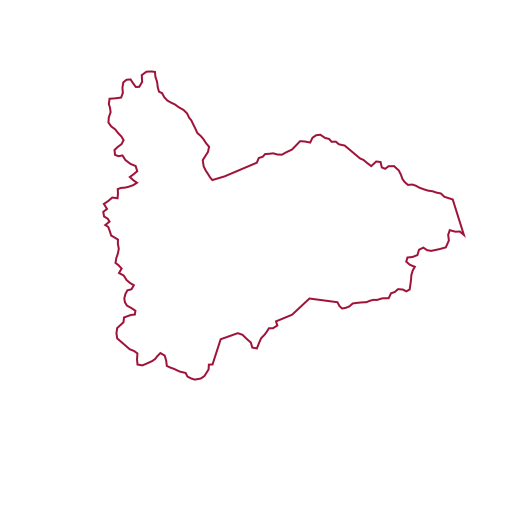 Matos Costa, Santa Catarina, Brazil, rotated 19°
{"feature_id": "56859067B2594470752105", "entity_name": "Matos Costa", "entity_type": "district", "adm_level": 2, "iso_a3": "BRA", "parent_name": "Brazil", "parent_adm1": "Santa Catarina", "projection": "mercator", "projection_center": [-51.158, -26.497], "detail": "fine", "context": "isolated", "style": "outline", "palette": "rose", "viewbox_px": 512, "rotation_deg": 19, "n_neighbors": 0, "source": "geoboundaries", "source_scale": "gbopen_adm2", "svg_char_len": 3189}
<svg xmlns="http://www.w3.org/2000/svg" viewBox="0 0 512 512"><g transform="rotate(19 256 256)"><path d="M151.6,379.1L167.0,385.3L171.6,385.5L175.6,386.7L177.2,392.6L179.3,397.2L184.2,396.4L187.9,393.1L192.1,389.1L194.1,386.3L195.3,382.9L197.2,378.9L202.1,379.9L205.2,384.3L207.5,389.0L211.5,389.4L214.9,389.4L221.4,390.1L227.6,389.5L230.4,392.3L234.6,392.9L238.3,392.8L243.6,389.9L246.3,386.3L247.2,382.5L248.1,378.7L246.8,374.1L250.2,372.7L249.7,346.2L263.9,334.9L268.9,334.9L273.7,337.2L279.3,339.5L282.3,343.8L286.9,343.1L287.2,337.1L287.6,332.1L289.7,327.7L290.8,324.2L291.8,320.1L295.5,318.8L298.8,314.8L296.2,311.3L309.2,299.8L320.4,278.8L348.0,273.2L351.3,276.2L354.5,277.6L357.6,275.9L360.6,273.4L362.9,269.4L366.4,267.6L371.0,265.5L375.5,263.7L378.3,261.2L381.2,259.3L384.8,258.1L389.2,254.9L395.2,252.7L395.8,247.3L398.9,244.9L401.1,241.1L405.7,239.9L409.6,240.5L412.2,237.7L411.2,232.3L410.3,227.9L409.1,223.5L408.9,218.6L409.7,214.5L404.3,214.2L399.9,212.4L399.7,208.1L404.3,206.0L408.3,202.6L408.1,197.0L411.5,193.6L415.9,194.8L420.0,194.1L423.2,192.2L427.5,189.6L432.7,186.0L433.3,178.5L430.8,173.4L430.8,168.5L436.6,168.1L440.8,166.5L445.7,168.4L423.6,138.5L414.8,138.7L410.5,136.7L405.9,137.3L401.8,137.3L397.3,138.2L392.9,138.3L388.2,138.2L384.3,137.5L380.8,137.5L376.4,139.3L372.2,137.5L369.4,135.5L366.7,132.1L363.1,128.6L357.3,126.1L352.2,127.9L349.7,131.5L346.1,131.3L343.2,126.6L338.9,127.5L335.7,133.5L330.3,131.7L326.1,130.1L322.7,129.9L303.9,122.7L298.1,123.4L294.2,121.9L290.3,123.4L287.0,121.5L282.9,121.9L277.4,120.4L273.6,122.2L270.9,125.8L270.3,131.1L265.0,131.8L260.3,133.1L258.1,137.9L255.4,143.6L250.7,148.2L247.5,151.8L243.1,153.1L238.9,153.3L235.1,155.1L231.4,156.7L230.1,159.9L226.7,162.5L226.4,167.5L200.3,191.0L190.0,198.4L187.0,196.6L183.8,194.0L180.9,191.8L177.4,188.4L174.4,182.7L175.6,177.9L176.7,173.3L176.1,168.0L172.2,165.7L168.1,162.5L164.8,160.6L160.5,158.8L156.6,154.7L153.2,151.4L150.8,148.9L147.6,146.9L144.5,143.7L140.0,141.5L134.5,140.5L130.0,139.1L126.2,138.7L121.6,137.9L117.5,135.7L114.2,132.6L110.8,132.2L108.3,128.7L105.8,123.6L102.6,119.4L100.5,114.8L97.0,115.6L92.4,117.4L89.1,122.2L91.7,128.5L90.5,134.1L87.3,135.3L83.3,132.5L79.9,129.9L76.2,131.5L74.0,135.0L74.9,140.3L77.0,145.1L76.9,150.1L71.5,152.8L66.3,155.0L67.4,160.2L69.7,163.4L71.7,167.3L71.7,172.9L73.0,177.8L76.9,180.6L81.6,182.1L85.5,184.6L89.8,186.8L93.1,189.6L92.4,194.1L89.8,197.8L87.7,201.8L89.8,206.3L93.5,206.4L97.0,204.4L101.3,207.8L107.4,209.8L112.9,210.1L116.1,214.5L113.3,219.1L111.0,222.4L115.4,224.3L119.6,225.5L116.7,229.1L112.9,232.1L109.7,234.1L106.3,235.5L103.5,237.7L105.1,241.7L106.3,246.5L101.1,247.5L98.4,252.1L95.2,256.3L99.8,260.0L97.2,264.0L99.5,268.1L103.6,269.0L106.3,271.2L103.4,275.8L106.8,276.6L109.9,280.4L112.4,283.8L116.0,284.5L120.1,285.4L121.4,289.4L123.9,293.8L124.6,298.6L124.6,303.4L125.4,308.3L129.1,309.5L133.0,311.6L132.0,316.7L137.2,317.5L141.5,320.9L145.6,322.5L150.0,323.4L149.1,328.0L145.6,330.3L144.9,334.5L145.3,339.0L147.1,342.4L150.1,344.9L155.1,345.8L159.8,347.0L160.5,350.8L157.0,352.4L151.2,357.1L152.3,361.8L150.1,365.8L148.2,369.4L149.2,374.5L151.6,379.1Z" fill="none" stroke="#9f1239" stroke-width="2"/></g></svg>